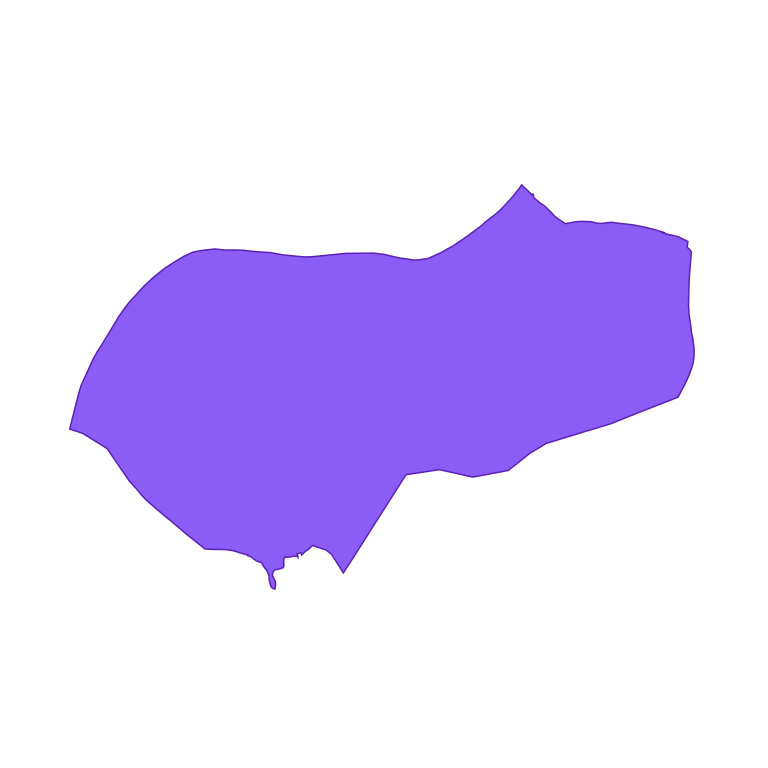 the district of Mook en Middelaar, Limburg, Netherlands, rotated 102°
{"feature_id": "6326949B78257423929264", "entity_name": "Mook en Middelaar", "entity_type": "district", "adm_level": 2, "iso_a3": "NLD", "parent_name": "Netherlands", "parent_adm1": "Limburg", "projection": "albers", "projection_center": [5.901, 51.748], "detail": "fine", "context": "isolated", "style": "filled", "palette": "violet", "viewbox_px": 768, "rotation_deg": 102, "n_neighbors": 0, "source": "geoboundaries", "source_scale": "gbopen_adm2", "svg_char_len": 5494}
<svg xmlns="http://www.w3.org/2000/svg" viewBox="0 0 768 768"><g transform="rotate(102 384 384)"><path d="M160.6,290.8L160.8,290.9L163.5,292.0L164.8,292.5L165.8,293.0L168.3,294.3L173.1,296.6L175.9,298.2L177.7,299.2L184.5,303.3L189.1,306.1L195.1,310.5L201.8,316.3L203.1,317.3L204.0,318.2L206.6,320.0L207.8,320.8L210.8,323.3L214.2,326.3L218.5,330.1L221.8,333.0L224.1,335.2L225.5,336.4L226.7,337.6L231.7,342.4L234.8,345.4L239.8,351.3L243.9,355.9L251.9,366.7L253.5,371.1L254.7,374.1L256.5,380.1L256.5,380.8L257.5,395.5L257.4,403.9L257.2,410.6L258.1,421.1L264.2,448.6L274.7,481.6L276.1,487.6L277.0,494.2L277.9,502.6L278.7,509.5L278.9,515.6L279.1,522.6L279.2,523.1L280.3,530.5L281.8,541.9L282.0,544.8L282.4,548.9L282.7,550.8L282.9,552.2L283.7,556.3L284.8,562.1L285.7,565.3L286.3,569.8L286.7,573.7L286.9,576.3L287.2,577.9L290.8,588.7L291.0,589.1L292.8,593.8L293.6,595.6L294.1,596.7L294.6,598.0L295.8,599.7L298.5,603.3L300.8,606.4L302.7,608.5L308.8,614.9L315.2,621.4L317.4,623.4L324.9,629.5L327.5,631.6L337.9,639.0L357.8,650.6L364.9,653.9L373.0,657.4L380.2,659.8L390.7,663.5L404.0,668.1L412.3,671.3L420.6,673.8L430.5,676.0L448.3,680.0L457.1,680.7L480.8,681.6L486.6,681.8L493.5,682.0L493.9,677.8L493.9,677.6L494.0,677.2L494.2,674.9L494.3,673.5L494.9,668.8L494.9,668.6L497.7,660.8L502.1,648.5L502.6,647.4L503.5,644.8L503.7,644.2L504.6,641.9L504.7,641.4L506.4,639.6L507.8,638.2L511.3,634.5L512.1,633.7L514.0,631.7L515.1,630.6L515.9,629.8L516.0,629.7L517.4,628.1L521.8,623.6L524.7,620.4L527.5,617.5L531.7,613.2L531.9,612.8L532.4,612.1L533.6,610.4L533.8,610.2L534.4,609.4L534.7,609.0L536.0,607.2L539.0,603.0L539.6,602.3L543.1,598.1L543.6,597.5L543.9,596.9L544.9,595.5L547.2,591.9L547.8,590.9L548.3,590.1L548.7,589.3L548.9,589.0L553.3,581.0L556.0,575.9L556.5,575.1L560.7,567.2L561.1,566.1L565.2,558.5L568.1,553.1L570.5,548.8L571.1,547.7L573.3,543.4L576.1,537.7L579.2,531.5L579.4,531.1L580.7,528.4L582.6,525.0L582.4,523.7L581.5,517.8L578.8,504.1L578.7,501.8L578.5,498.1L578.5,497.0L578.5,496.5L578.5,496.2L578.7,493.5L579.0,490.6L579.6,483.1L579.5,481.6L580.3,481.5L580.5,479.0L581.0,477.3L582.2,475.3L583.2,472.8L583.8,471.1L584.1,469.5L584.0,467.7L584.4,466.6L584.6,466.2L584.9,465.9L585.1,465.7L585.6,465.4L586.0,465.0L586.4,464.7L586.7,464.5L587.0,464.2L587.3,464.0L591.0,459.7L595.3,456.6L597.5,456.1L598.5,456.0L599.4,455.6L601.5,454.6L605.2,452.7L606.6,451.4L607.4,448.1L604.5,448.2L602.4,448.3L601.3,448.7L600.0,449.1L597.8,450.8L594.3,453.3L592.9,453.6L588.8,452.6L587.2,449.3L586.2,446.9L585.2,445.3L585.1,445.1L584.4,444.5L584.1,444.4L583.6,444.3L582.9,444.1L579.5,444.9L576.2,445.6L573.9,444.7L574.0,444.6L573.9,444.0L572.7,439.7L571.2,436.7L570.5,433.8L570.8,433.6L570.9,432.6L571.2,432.3L570.0,432.6L569.2,433.1L568.1,433.8L567.9,433.5L566.4,430.2L568.4,429.0L564.2,426.2L561.5,423.5L559.1,421.9L556.9,420.4L557.6,413.6L558.4,406.0L558.6,405.7L561.2,400.7L561.6,399.8L568.3,393.2L572.5,389.1L576.2,385.5L577.3,384.5L576.5,384.1L558.4,377.3L543.4,371.7L538.9,370.0L538.7,370.0L538.6,369.9L525.6,365.1L521.1,363.4L516.1,361.5L509.9,359.2L492.0,352.5L482.2,348.9L476.3,346.7L475.6,346.4L474.8,346.1L473.7,345.7L468.1,343.5L460.7,323.8L459.0,319.3L458.9,319.0L456.3,312.0L456.3,310.1L456.4,293.6L456.5,292.4L456.5,286.6L456.6,282.7L456.6,277.9L454.9,273.6L450.7,263.5L449.6,260.9L449.1,259.8L448.3,257.8L445.3,250.4L445.1,250.1L444.1,247.8L442.8,244.6L435.3,238.3L432.1,235.7L428.3,232.5L424.4,229.3L424.2,229.2L421.4,226.8L421.1,226.5L420.2,225.5L419.6,225.0L419.5,224.8L419.1,224.4L418.9,224.1L418.7,224.0L416.3,221.3L413.5,218.4L408.3,212.8L408.1,212.6L407.0,210.5L403.9,204.8L400.8,199.3L398.3,194.8L393.4,185.9L391.0,181.7L387.3,175.0L386.6,173.6L381.9,165.1L381.2,163.9L380.5,162.7L380.4,162.4L378.3,158.6L375.7,153.9L375.2,153.0L375.0,152.7L374.9,152.6L372.1,148.5L366.3,139.9L360.7,131.5L360.1,130.8L359.9,130.5L359.9,130.4L359.5,129.8L349.7,114.9L339.2,98.8L338.7,98.3L338.5,97.9L337.5,96.4L337.2,95.8L335.7,93.6L331.8,92.5L329.1,91.8L328.6,91.7L326.4,91.0L325.0,90.6L323.0,90.0L320.3,89.3L317.4,88.6L315.9,88.3L314.4,88.0L314.0,87.9L312.0,87.4L309.9,87.1L308.7,87.0L306.6,86.6L305.2,86.4L303.6,86.3L298.9,86.0L295.9,86.2L293.2,86.4L292.9,86.5L291.9,86.7L291.5,86.7L289.4,87.2L289.1,87.2L287.0,87.6L284.9,88.1L283.7,88.5L281.9,89.1L281.2,89.3L280.8,89.4L279.8,89.8L276.5,90.9L270.0,93.8L262.6,96.3L251.6,100.4L246.3,101.7L244.2,102.4L224.9,106.0L223.6,106.2L217.8,107.3L214.9,107.7L209.7,108.4L196.2,110.1L190.9,110.8L188.9,112.9L187.2,115.9L183.3,116.2L181.4,116.4L178.7,127.1L178.7,129.9L178.6,131.4L178.6,131.8L178.6,132.1L178.6,132.5L178.6,133.7L178.6,135.8L178.6,137.4L178.6,137.9L178.5,139.1L178.5,139.5L178.5,140.0L178.4,141.8L178.3,142.2L177.7,140.3L177.0,148.3L176.8,150.1L176.4,159.9L176.5,171.7L176.6,173.4L177.0,178.4L177.8,186.0L178.3,192.0L178.4,194.7L179.1,196.8L179.3,197.9L180.4,200.9L181.0,202.4L181.6,204.1L182.2,207.2L182.3,208.5L182.4,211.0L182.1,215.1L182.4,216.6L182.6,217.2L182.7,218.3L182.9,219.0L183.2,220.3L183.1,220.8L184.1,225.7L184.6,227.3L185.4,230.0L185.5,230.4L186.4,232.5L187.9,236.1L188.7,238.2L189.5,240.1L189.1,241.1L189.0,241.3L185.8,249.0L185.1,250.5L184.7,251.3L184.3,252.0L183.8,252.8L183.3,253.3L182.6,254.3L181.1,256.5L179.6,259.0L177.7,261.8L177.0,263.1L176.2,264.5L175.7,265.8L175.3,267.0L174.6,268.7L173.8,270.2L172.5,272.6L171.3,274.8L170.7,275.8L170.4,276.1L170.1,276.4L169.7,276.7L168.8,276.9L167.9,277.1L167.4,277.2L167.3,277.8L167.4,278.1L168.1,278.7L166.5,281.2L160.6,290.8Z" fill="#8b5cf6" stroke="#5b21b6" stroke-width="1.5"/></g></svg>